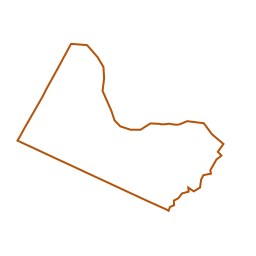 Colbert, Alabama, United States of America (Equal Earth projection), rotated 23°
{"feature_id": "52423323B73272811402688", "entity_name": "Colbert", "entity_type": "district", "adm_level": 2, "iso_a3": "USA", "parent_name": "United States of America", "parent_adm1": "Alabama", "projection": "equal_earth", "projection_center": [-87.711, 34.736], "detail": "fine", "context": "isolated", "style": "outline", "palette": "amber", "viewbox_px": 256, "rotation_deg": 23, "n_neighbors": 0, "source": "geoboundaries", "source_scale": "gbopen_adm2", "svg_char_len": 791}
<svg xmlns="http://www.w3.org/2000/svg" viewBox="0 0 256 256"><g transform="rotate(23 128 128)"><path d="M31.2,182.8L165.6,187.3L175.5,187.6L194.6,188.0L197.7,188.3L197.5,184.3L200.5,181.1L198.6,176.9L201.8,173.0L203.3,167.1L208.7,162.9L206.8,159.3L213.3,160.6L217.6,154.7L215.5,147.1L215.8,142.0L222.2,137.6L220.3,134.7L221.7,122.5L224.8,116.9L220.0,114.8L222.1,105.4L207.8,101.0L195.9,94.0L179.8,98.6L174.5,104.1L172.0,105.8L169.1,106.8L164.1,108.0L161.3,109.7L157.1,111.7L156.7,111.6L155.5,111.8L150.5,113.7L146.9,115.0L140.2,124.7L131.0,128.6L120.4,129.5L112.7,126.3L105.8,118.5L90.1,103.8L86.6,91.6L81.6,81.5L72.4,74.7L57.9,67.7L42.7,72.8L40.0,101.3L37.6,124.5L37.1,132.3L35.9,142.5L32.8,168.3L31.6,180.2L31.4,180.7L31.2,182.8Z" fill="none" stroke="#b45309" stroke-width="2"/></g></svg>